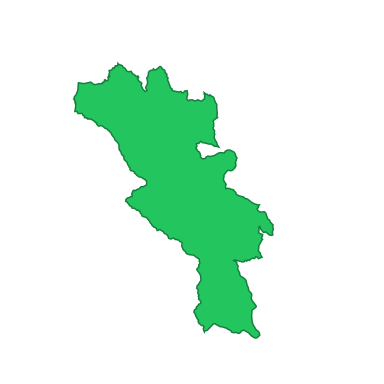 outline of Huancabamba, Piura, Peru, rotated 143°
{"feature_id": "86281439B18343164378490", "entity_name": "Huancabamba", "entity_type": "district", "adm_level": 2, "iso_a3": "PER", "parent_name": "Peru", "parent_adm1": "Piura", "projection": "natural_earth1", "projection_center": [-79.499, -5.401], "detail": "fine", "context": "isolated", "style": "filled", "palette": "green", "viewbox_px": 384, "rotation_deg": 143, "n_neighbors": 0, "source": "geoboundaries", "source_scale": "gbopen_adm2", "svg_char_len": 6101}
<svg xmlns="http://www.w3.org/2000/svg" viewBox="0 0 384 384"><g transform="rotate(143 192 192)"><path d="M164.2,111.6L163.9,113.9L162.4,114.3L161.2,115.5L163.0,118.4L163.1,120.1L161.9,120.7L159.9,123.5L159.0,124.0L158.5,123.1L159.4,121.4L159.3,116.9L158.9,116.3L157.5,116.1L156.8,114.6L156.3,111.6L154.6,109.5L153.3,109.1L152.0,111.6L149.4,113.4L149.3,114.2L148.2,115.8L147.1,116.9L147.6,120.9L147.0,122.9L147.7,124.9L145.8,130.7L146.1,132.7L149.1,134.4L150.1,135.8L150.6,137.9L149.9,139.6L148.3,139.6L147.4,140.7L145.9,141.1L147.9,142.7L148.1,143.5L148.8,144.1L150.5,147.6L152.0,153.1L153.6,154.9L153.7,156.7L156.9,160.9L158.0,163.4L157.4,165.0L157.7,169.1L159.5,171.1L159.9,172.3L161.5,173.6L163.0,174.2L162.0,176.0L160.8,177.4L160.1,177.6L160.0,180.6L159.4,183.1L157.0,185.2L156.3,186.3L151.1,187.7L149.6,187.3L148.4,185.7L147.0,185.1L145.3,185.0L144.2,185.6L143.1,185.4L142.6,186.0L141.6,186.1L140.2,187.9L139.7,189.2L135.5,192.3L135.5,194.2L134.6,196.1L134.4,198.5L136.4,202.6L138.8,204.3L140.9,204.5L142.7,203.7L145.3,206.1L146.9,207.0L152.7,207.8L155.9,209.3L157.9,211.2L159.8,211.4L161.1,210.8L163.7,212.1L164.2,214.9L163.0,216.1L162.0,219.3L162.7,220.7L162.4,224.6L162.2,225.2L161.0,225.2L160.3,225.8L159.7,227.8L158.4,227.6L157.4,226.7L154.6,227.3L153.8,224.8L153.0,224.4L149.5,219.9L147.8,218.8L146.6,215.2L144.7,213.4L143.6,211.7L143.4,214.7L142.4,216.9L142.4,219.1L141.7,221.6L140.7,223.3L139.0,224.4L138.7,225.6L137.1,227.4L137.1,229.6L136.8,230.2L135.2,231.4L133.3,233.7L132.4,235.9L130.2,236.3L126.8,236.0L126.5,237.6L124.6,239.4L122.1,243.6L119.5,247.0L119.4,249.6L117.7,254.6L118.7,256.7L119.1,258.7L119.9,258.4L120.6,258.8L121.1,261.0L121.9,261.7L122.5,264.1L123.4,262.6L123.5,261.7L125.8,259.0L129.3,258.8L130.3,259.3L131.9,262.2L134.1,262.5L135.5,263.8L136.1,265.2L137.6,266.4L139.2,267.1L139.7,266.9L140.1,267.4L140.2,268.9L139.9,269.9L136.6,272.7L134.9,275.9L136.8,277.0L139.2,276.5L140.3,277.4L140.3,278.9L142.3,279.8L145.9,283.7L146.7,285.1L145.9,286.4L146.4,287.6L145.1,292.7L144.5,293.8L144.3,295.9L142.4,297.7L142.8,299.5L141.3,300.9L141.3,302.6L141.6,303.5L140.8,304.7L140.7,306.2L141.7,308.4L141.3,309.7L141.9,311.5L147.3,311.3L148.5,312.3L148.7,313.6L150.1,312.8L151.1,313.7L151.9,314.0L153.3,314.2L154.7,313.7L157.7,310.7L159.6,310.4L160.2,308.5L162.1,305.4L165.9,303.5L166.6,302.2L166.6,300.5L166.9,300.1L168.9,300.4L169.4,303.7L168.7,306.9L168.6,307.5L166.6,309.2L166.8,310.5L167.4,311.1L167.6,312.0L167.4,315.2L167.2,315.5L165.8,315.4L165.4,316.3L165.4,317.3L166.5,317.1L167.1,318.3L167.3,319.9L168.2,321.9L168.0,325.1L170.0,326.0L171.1,327.2L171.4,329.1L171.1,329.6L171.1,331.2L172.0,333.3L171.6,334.8L173.9,338.5L173.9,339.2L175.2,337.6L177.3,338.9L179.5,337.7L179.7,338.3L180.8,338.7L182.7,337.7L185.1,338.9L186.0,336.8L186.9,336.5L187.6,335.3L188.2,335.4L188.4,333.9L189.1,334.6L190.3,334.1L190.2,333.4L191.3,331.9L193.1,332.0L193.7,333.0L193.7,333.9L194.5,334.1L195.2,332.8L195.7,333.2L196.9,332.9L197.7,333.4L198.2,332.5L200.0,333.3L200.4,334.1L204.9,336.1L205.8,337.4L206.7,340.7L213.0,343.5L217.0,347.6L221.8,342.1L226.1,339.4L228.8,338.8L229.9,337.3L230.4,337.4L230.3,336.8L230.7,336.5L230.3,335.7L231.1,334.6L230.9,333.7L231.5,333.7L231.6,333.0L232.1,332.8L232.1,331.9L233.5,330.2L237.1,326.8L235.5,325.9L235.8,323.2L232.5,320.9L232.9,318.6L232.2,317.3L233.1,316.1L231.9,315.1L231.9,314.4L231.3,314.0L231.3,312.7L230.3,312.6L228.5,310.3L227.3,307.1L227.4,306.0L226.7,304.4L227.3,303.7L227.0,300.8L225.1,300.1L223.8,298.6L223.1,295.3L221.8,293.1L221.9,291.7L221.5,291.0L221.2,288.0L221.7,285.2L221.5,282.4L222.2,279.9L221.6,276.1L221.8,273.8L224.6,269.9L224.7,266.5L225.4,265.1L225.5,262.9L224.9,262.2L226.7,258.7L225.9,254.7L226.6,253.4L227.2,249.7L227.0,248.3L228.0,247.4L228.1,246.0L226.1,243.6L226.0,242.7L226.6,241.7L226.2,240.9L226.0,238.5L225.1,235.7L224.3,235.2L222.9,233.0L223.1,232.1L222.3,231.3L221.8,228.1L223.1,226.0L224.4,225.0L227.8,225.6L229.5,226.9L232.7,226.4L234.1,227.1L236.5,227.2L237.4,228.4L238.2,228.6L241.1,226.9L241.6,226.2L241.7,225.3L242.6,224.4L243.9,225.3L245.2,225.2L246.7,225.9L248.3,226.0L249.4,225.7L250.6,224.4L250.0,223.6L249.9,218.2L249.1,216.5L249.6,215.3L247.6,213.3L247.0,210.6L246.0,210.1L245.9,209.0L245.2,208.0L245.9,206.6L245.7,205.2L246.3,202.5L243.7,199.0L243.5,194.2L243.9,191.8L243.6,190.6L244.0,189.6L243.4,186.5L242.6,185.7L242.4,184.9L243.0,182.2L241.9,181.6L240.8,181.7L240.2,181.3L238.8,177.4L239.0,175.5L238.3,174.6L237.8,172.9L237.7,171.5L238.5,168.9L237.1,167.1L234.4,166.4L234.0,164.1L233.1,163.8L232.6,162.5L231.7,162.0L231.4,159.7L230.6,158.0L230.7,157.0L232.6,155.2L233.3,153.1L233.3,152.1L233.8,151.3L233.2,148.9L233.5,146.2L231.8,143.5L228.6,140.5L227.5,136.2L226.5,134.2L226.9,133.3L227.8,132.7L228.0,131.5L228.8,130.2L230.4,129.8L231.8,128.0L234.5,127.6L234.9,126.8L235.2,120.6L237.9,116.2L242.7,114.2L244.3,114.1L244.8,113.3L246.2,112.5L245.9,110.0L247.9,108.2L248.5,106.9L248.3,105.5L249.7,105.0L249.8,104.0L251.3,102.4L250.8,100.9L251.4,98.2L253.2,97.9L254.3,98.4L255.3,97.7L257.3,97.6L258.1,97.3L258.6,96.2L261.0,96.4L262.5,95.2L262.9,94.4L262.8,93.0L263.6,90.9L263.7,88.6L264.1,88.1L264.0,85.6L265.1,84.9L265.6,82.6L265.2,82.1L264.8,79.7L263.6,78.5L263.4,77.4L265.5,75.8L266.3,72.8L265.5,73.3L262.9,72.4L255.2,73.6L253.7,73.7L253.2,73.3L250.5,67.4L248.8,65.9L246.4,62.4L246.1,61.1L244.4,57.9L244.6,56.0L242.9,54.1L241.4,53.5L240.1,51.3L239.3,50.7L237.7,50.6L236.5,51.2L233.8,50.6L231.6,45.6L231.1,41.2L229.6,37.5L227.7,36.4L224.0,36.9L223.0,39.2L222.9,40.8L223.7,43.4L223.0,49.6L222.0,52.2L219.1,57.0L215.6,61.0L214.6,61.5L210.2,61.5L209.3,62.4L209.3,69.9L208.5,71.6L206.4,73.7L205.6,75.0L206.0,79.3L204.8,81.2L203.8,85.0L202.0,89.0L202.5,92.4L203.6,94.9L203.8,96.9L202.6,98.8L202.2,101.9L201.5,103.7L200.3,104.5L199.6,105.6L199.6,107.5L198.6,108.9L199.5,111.7L200.7,112.5L198.5,111.8L193.5,105.4L192.1,105.0L190.8,105.6L190.0,103.9L188.1,104.1L187.4,102.8L184.6,103.0L183.6,102.7L182.0,101.2L180.0,102.0L179.2,101.3L179.1,98.8L175.3,97.7L175.2,100.4L174.2,102.1L174.5,104.0L174.2,105.3L170.6,109.0L165.2,111.5L164.2,111.6Z" fill="#22c55e" stroke="#15803d" stroke-width="1.5"/></g></svg>